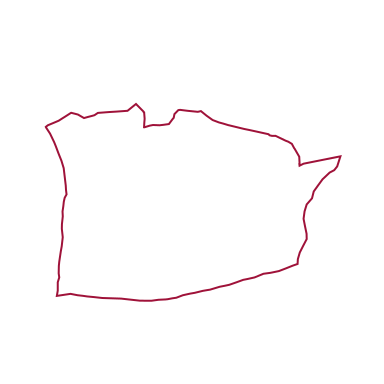 the district of Bani Surim, Amran, Yemen, rotated 169°
{"feature_id": "15242507B49574817537392", "entity_name": "Bani Surim", "entity_type": "district", "adm_level": 2, "iso_a3": "YEM", "parent_name": "Yemen", "parent_adm1": "Amran", "projection": "mercator", "projection_center": [43.98, 16.128], "detail": "fine", "context": "isolated", "style": "outline", "palette": "rose", "viewbox_px": 384, "rotation_deg": 169, "n_neighbors": 0, "source": "geoboundaries", "source_scale": "gbopen_adm2", "svg_char_len": 1922}
<svg xmlns="http://www.w3.org/2000/svg" viewBox="0 0 384 384"><g transform="rotate(169 192 192)"><path d="M344.5,115.8L330.7,115.2L324.0,112.5L318.9,110.9L314.9,109.5L308.1,107.5L300.4,105.1L300.0,105.0L282.0,100.9L264.0,95.3L259.6,94.4L252.7,93.0L245.5,92.6L241.3,92.0L238.6,91.6L236.2,91.4L231.6,91.4L227.6,91.2L220.7,92.4L213.3,92.6L208.6,92.5L200.3,92.9L195.8,92.8L192.9,92.7L182.9,93.7L181.2,93.7L177.5,93.7L173.1,93.8L165.4,94.9L158.5,96.0L154.3,96.0L146.9,96.2L137.5,98.1L130.6,97.7L128.7,97.7L121.8,97.8L114.4,99.1L107.1,100.5L102.1,101.2L100.9,105.9L97.7,112.1L93.1,118.0L88.4,123.9L87.5,129.1L87.6,137.3L87.6,144.4L85.2,151.5L81.8,157.9L75.4,162.9L72.4,169.3L67.0,174.4L61.4,179.6L57.1,182.3L53.2,184.8L48.2,186.3L44.6,189.4L39.5,198.7L77.1,198.5L81.4,197.3L81.3,199.1L81.0,199.2L80.0,206.2L83.0,214.9L83.3,215.4L84.8,220.2L87.9,223.0L90.3,224.5L99.3,231.2L102.7,231.8L105.1,232.9L105.8,234.1L118.5,239.6L124.1,242.0L128.7,243.9L143.1,250.5L143.4,250.6L148.5,253.3L152.2,255.1L158.0,258.7L163.2,264.2L167.8,269.7L171.0,269.6L181.0,272.6L188.0,274.9L189.8,275.0L194.4,271.8L195.8,268.3L197.1,267.3L201.7,263.1L207.3,263.4L211.1,263.7L217.5,265.2L220.8,265.2L226.4,264.6L226.7,264.7L225.5,269.5L224.8,271.9L224.5,273.1L223.8,279.2L224.2,279.5L224.2,280.1L230.2,289.1L239.8,284.0L240.5,284.1L250.5,285.3L258.1,286.3L269.3,287.6L273.1,286.0L275.4,285.8L280.2,285.5L283.9,285.2L289.2,289.8L291.9,291.1L295.5,292.8L296.1,292.6L302.4,290.1L304.5,289.3L309.3,287.4L309.8,287.3L314.5,286.3L320.8,285.0L323.1,283.8L323.0,283.3L320.2,276.4L317.8,267.2L316.9,262.6L315.7,255.4L314.2,247.6L313.4,239.9L314.7,222.4L315.3,218.0L315.6,213.6L317.1,211.8L318.1,210.6L319.7,206.9L321.1,202.4L322.8,197.6L323.5,192.7L325.8,185.3L326.8,180.7L327.5,172.3L330.3,163.4L332.1,158.8L333.8,154.0L335.6,148.9L336.8,144.9L338.4,137.5L338.6,133.5L341.0,129.0L342.6,120.8L344.5,115.8Z" fill="none" stroke="#9f1239" stroke-width="2"/></g></svg>